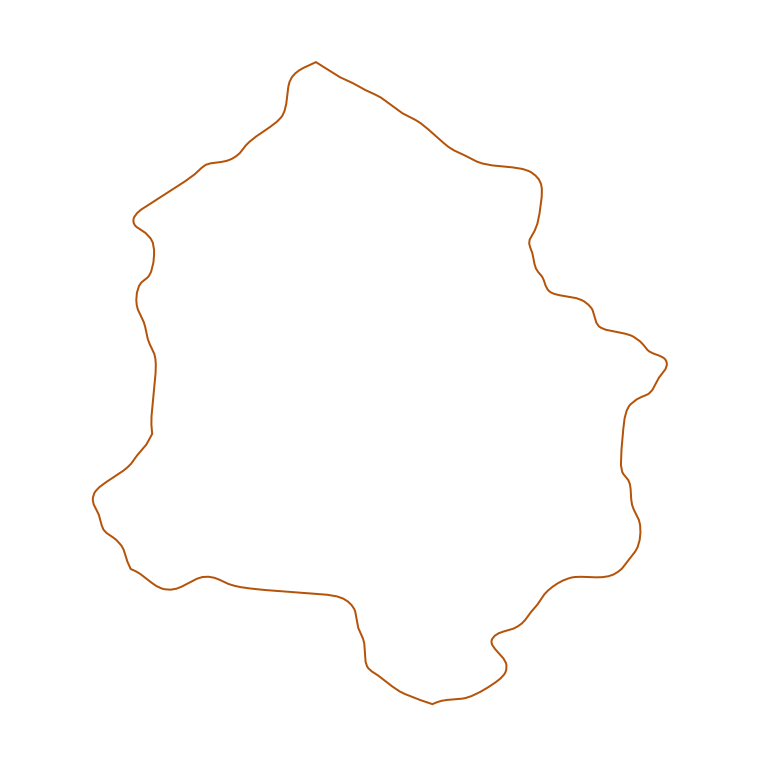 outline of El Valle, Hato Mayor, Dominican Republic, rotated 95°
{"feature_id": "3306468B49446780717545", "entity_name": "El Valle", "entity_type": "district", "adm_level": 2, "iso_a3": "DOM", "parent_name": "Dominican Republic", "parent_adm1": "Hato Mayor", "projection": "equal_earth", "projection_center": [-69.377, 18.943], "detail": "fine", "context": "isolated", "style": "outline", "palette": "amber", "viewbox_px": 768, "rotation_deg": 95, "n_neighbors": 0, "source": "geoboundaries", "source_scale": "gbopen_adm2", "svg_char_len": 3297}
<svg xmlns="http://www.w3.org/2000/svg" viewBox="0 0 768 768"><g transform="rotate(95 384 384)"><path d="M698.7,307.9L696.5,303.7L694.6,299.1L693.2,293.4L690.6,278.5L689.8,275.6L687.3,269.7L682.5,261.5L677.1,253.9L671.3,246.7L667.3,242.4L662.9,239.0L660.5,237.9L658.1,237.3L653.4,237.5L651.1,238.3L647.0,241.1L638.3,250.3L634.7,253.3L632.8,254.2L630.6,254.5L628.7,254.1L625.2,251.8L622.4,248.2L620.3,243.7L616.5,233.9L613.8,229.6L610.5,225.8L606.6,222.7L598.2,217.6L590.3,211.9L579.5,205.9L575.3,202.5L571.3,198.4L567.6,193.8L564.3,188.8L561.6,183.3L560.5,180.4L559.7,177.4L558.9,171.3L558.1,155.8L557.4,149.7L556.0,143.8L553.8,138.8L550.7,134.5L547.2,130.9L528.9,119.1L524.4,117.1L517.0,115.7L509.5,115.6L502.1,116.6L497.3,118.2L487.2,124.3L482.9,126.3L478.2,127.5L466.4,129.3L462.1,130.4L458.4,132.3L452.7,137.8L450.9,139.0L444.2,140.9L428.9,141.7L407.5,141.7L396.9,141.3L389.3,139.9L384.5,137.9L382.6,136.5L377.5,131.2L374.9,127.1L371.5,120.7L370.1,118.9L366.5,116.1L353.8,110.7L344.7,104.9L340.7,103.9L338.6,104.1L336.6,104.8L334.9,106.1L333.5,107.9L331.8,112.1L330.0,118.8L328.3,122.9L327.0,124.6L322.2,129.2L319.1,132.8L315.2,139.5L314.2,142.0L312.9,147.8L310.6,167.9L309.0,172.9L307.8,175.0L304.4,177.8L292.3,182.6L290.4,183.9L287.1,187.4L284.3,191.8L283.2,194.3L281.7,200.0L280.2,217.6L279.2,222.9L278.4,225.3L277.2,227.5L275.6,229.2L272.1,231.5L266.6,233.9L263.2,235.9L259.1,240.1L255.7,242.7L251.7,244.4L240.8,247.6L235.1,250.3L231.4,251.6L227.5,251.5L218.0,247.2L210.6,245.1L200.1,243.9L184.0,243.2L176.1,243.7L171.1,245.0L166.6,247.6L163.1,251.3L160.2,255.9L159.2,258.5L157.7,264.8L157.0,274.7L156.8,295.1L155.8,305.0L154.3,311.0L149.2,323.6L145.2,334.6L142.4,340.1L139.0,345.2L126.2,362.5L121.0,370.2L118.2,375.7L112.7,389.2L98.9,412.1L96.6,417.6L92.7,428.4L87.2,440.8L82.3,454.4L69.3,479.9L75.8,491.3L78.8,495.7L82.4,499.6L86.4,502.5L91.1,504.4L95.9,505.2L113.4,505.8L120.7,506.9L125.5,508.6L127.7,510.0L131.9,513.4L137.6,519.6L148.6,533.0L154.3,539.0L158.3,542.4L166.6,547.8L170.1,551.3L173.1,555.4L175.4,560.1L177.0,565.5L179.3,576.1L181.2,580.7L184.2,584.2L191.6,590.9L199.3,599.7L231.4,641.1L235.3,644.9L239.5,647.4L241.7,647.9L243.8,647.8L245.8,647.2L247.6,646.0L249.0,644.4L254.4,634.6L259.3,629.2L263.4,626.6L270.6,624.7L275.6,624.3L283.1,624.3L292.5,625.8L296.6,627.5L298.4,628.7L304.0,634.6L307.7,636.6L314.5,638.1L321.7,638.1L326.5,637.3L331.1,635.8L343.3,628.7L347.9,626.9L359.6,623.3L364.3,621.1L374.1,615.4L379.4,613.8L384.8,613.0L393.3,612.5L436.2,612.8L444.7,612.2L453.9,610.6L464.9,615.4L476.9,623.9L485.5,629.0L489.6,632.5L493.4,636.5L506.0,652.3L511.5,658.5L515.6,661.8L517.8,663.0L522.5,664.1L524.9,664.0L529.3,662.7L538.9,656.8L549.7,652.8L553.6,650.7L556.7,647.3L560.2,641.0L562.8,636.9L567.8,631.6L571.8,628.9L583.4,624.1L590.4,620.2L592.1,615.2L594.5,610.2L602.2,598.2L605.1,593.2L607.1,587.6L607.6,584.6L607.5,578.6L606.0,572.9L603.4,567.7L594.3,553.4L592.1,548.0L591.3,542.2L591.8,536.3L593.2,531.2L596.8,521.4L598.1,515.2L598.9,508.6L599.4,498.4L599.6,484.5L598.9,422.2L599.7,412.3L601.3,406.0L603.8,401.1L607.0,397.1L610.8,394.0L613.0,392.9L629.2,388.4L639.4,382.8L643.9,381.1L662.5,378.1L666.7,376.3L668.5,374.9L671.4,371.1L675.0,364.3L684.4,349.7L688.8,341.8L691.0,336.2L695.8,319.9L698.7,307.9Z" fill="none" stroke="#b45309" stroke-width="2"/></g></svg>